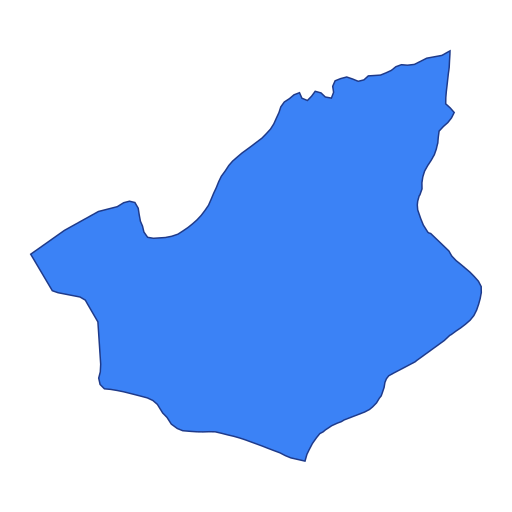 outline of At Talh, Shabwah, Yemen
{"feature_id": "15242507B56657496284853", "entity_name": "At Talh", "entity_type": "district", "adm_level": 2, "iso_a3": "YEM", "parent_name": "Yemen", "parent_adm1": "Shabwah", "projection": "albers", "projection_center": [47.44, 15.093], "detail": "fine", "context": "isolated", "style": "filled", "palette": "blue", "viewbox_px": 512, "rotation_deg": 0, "n_neighbors": 0, "source": "geoboundaries", "source_scale": "gbopen_adm2", "svg_char_len": 2947}
<svg xmlns="http://www.w3.org/2000/svg" viewBox="0 0 512 512"><path d="M450.0,50.9L447.4,52.3L441.9,55.4L426.7,58.2L414.4,64.4L407.5,65.2L401.4,64.7L395.9,66.7L391.3,70.4L385.9,72.9L380.4,75.1L374.4,75.5L368.3,75.9L363.9,79.9L358.2,81.3L352.6,79.0L346.7,77.0L340.6,78.6L335.1,80.8L332.7,86.3L333.6,92.3L331.4,98.1L325.3,97.0L323.0,94.8L321.0,92.9L315.2,91.3L311.6,96.2L307.4,100.5L301.9,98.2L299.5,92.7L294.0,94.8L289.5,98.6L284.3,102.0L282.5,104.5L280.8,106.9L279.0,112.5L276.4,118.1L273.8,123.9L270.5,129.1L266.2,133.8L262.0,138.1L256.7,142.1L251.6,146.0L246.7,149.6L241.9,153.1L237.1,157.2L232.6,161.1L228.8,165.5L225.2,171.0L221.3,176.3L218.7,181.7L216.2,187.9L213.6,193.4L211.1,199.4L208.5,205.3L205.0,210.4L201.2,215.4L197.0,219.9L192.6,223.8L188.0,227.5L183.0,230.9L177.9,234.2L171.6,236.3L166.4,237.3L165.6,237.5L159.6,237.9L153.4,238.3L147.6,237.3L143.9,232.0L142.5,226.1L140.4,221.2L139.2,214.7L138.2,208.2L136.5,205.3L134.9,202.5L133.6,202.2L129.5,201.2L123.7,202.7L118.2,206.1L117.2,206.7L98.4,211.5L64.4,230.4L30.7,254.2L52.3,290.7L58.0,292.7L80.0,297.0L85.3,300.1L87.4,303.8L97.9,321.9L100.7,364.3L100.3,371.9L98.7,378.1L100.1,384.5L104.4,388.8L110.7,389.4L117.3,390.5L123.7,391.8L129.7,393.3L135.6,394.8L141.4,396.3L147.4,397.9L152.9,400.5L157.4,404.4L160.1,408.8L162.7,413.0L167.0,417.4L171.3,424.1L177.3,428.5L182.7,430.7L190.9,431.4L197.1,431.8L203.0,431.9L209.1,431.7L215.2,431.8L221.6,433.3L227.8,434.9L233.8,436.3L239.4,437.9L245.2,439.8L250.9,441.9L256.7,444.0L262.4,446.1L268.2,448.4L273.7,450.5L279.9,452.8L285.3,455.6L286.0,455.9L290.9,457.9L297.1,459.3L305.0,461.1L306.9,454.4L309.1,449.8L311.0,446.2L312.4,443.5L313.8,441.5L316.5,437.7L319.8,433.6L323.2,431.8L325.5,429.8L328.0,428.2L331.7,425.7L337.4,423.1L341.2,421.7L341.9,421.3L344.2,419.9L364.7,412.0L369.6,409.4L372.6,406.9L376.5,402.9L379.4,398.1L381.2,395.9L382.3,392.8L384.1,387.4L384.9,382.5L386.4,378.8L388.7,375.8L393.2,373.3L415.3,361.7L416.8,360.4L444.4,340.4L449.8,335.3L450.7,334.9L451.6,334.3L455.8,331.2L458.0,329.7L460.7,327.9L460.8,327.8L461.6,327.2L465.5,324.2L470.1,320.2L473.9,315.5L475.9,311.5L476.6,310.1L478.6,304.3L480.2,298.5L480.8,295.1L481.3,292.6L481.2,288.5L481.2,286.6L478.4,281.2L476.0,278.5L474.4,276.7L470.0,272.2L466.6,269.3L465.3,268.2L460.8,264.4L456.1,260.6L451.9,256.2L450.8,254.4L448.9,251.0L430.7,233.5L429.0,233.0L427.9,232.3L423.3,225.0L420.7,218.6L417.7,209.9L417.3,204.9L417.7,201.1L419.2,195.8L419.9,194.9L421.4,190.6L422.0,188.9L422.0,188.4L421.9,182.8L422.8,176.9L424.6,171.1L427.8,165.4L429.2,163.3L431.1,160.4L432.5,158.0L433.0,157.0L434.3,154.8L435.3,151.9L436.3,149.1L437.0,146.0L437.4,144.4L437.8,143.0L438.1,139.1L438.3,137.0L439.1,131.1L443.2,126.7L443.5,126.4L447.8,122.6L451.5,117.9L454.2,112.5L450.2,107.9L445.7,103.8L445.8,98.2L445.8,97.7L446.3,91.7L447.0,85.7L447.4,82.2L447.7,79.4L448.4,73.2L448.8,70.5L449.2,67.2L449.5,61.1L449.9,54.4L450.0,50.9Z" fill="#3b82f6" stroke="#1e3a8a" stroke-width="1.5"/></svg>